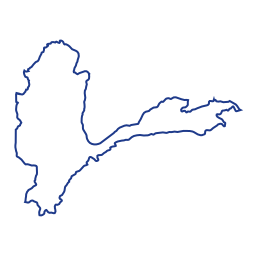 the Province of Badakhshan
{"feature_id": "AFG-1760", "entity_name": "Badakhshan", "entity_type": "Province", "adm_level": 1, "iso_a3": "AFG", "parent_name": "Afghanistan", "parent_adm1": "", "projection": "orthographic", "projection_center": [71.727, 36.958], "detail": "fine", "context": "isolated", "style": "outline", "palette": "blue", "viewbox_px": 256, "rotation_deg": 0, "n_neighbors": 0, "source": "natural_earth", "source_scale": "10m", "svg_char_len": 5686}
<svg xmlns="http://www.w3.org/2000/svg" viewBox="0 0 256 256"><path d="M236.2,111.2L235.7,110.9L233.4,106.5L232.7,106.5L230.7,108.5L229.5,108.8L229.2,109.4L228.3,110.5L227.9,110.6L227.6,110.5L226.7,109.8L224.1,110.5L222.6,110.6L222.1,110.9L221.2,113.0L220.7,113.8L220.0,114.2L219.1,114.4L217.3,114.2L216.7,114.5L216.6,115.6L217.4,116.8L218.9,117.8L221.8,119.2L222.6,120.1L223.9,122.2L224.9,122.6L225.2,123.0L225.2,123.8L224.8,126.1L224.1,126.3L223.1,125.5L222.1,124.2L221.0,123.8L220.0,123.8L218.1,124.4L217.0,125.5L213.2,128.0L211.0,129.9L209.9,130.4L206.9,130.1L206.1,130.3L205.5,130.8L205.2,131.6L205.0,133.6L204.6,134.2L201.9,135.2L200.5,135.2L197.8,134.4L193.9,132.1L192.5,131.5L189.7,131.0L183.5,130.9L177.5,132.0L174.6,131.6L171.5,132.1L169.3,132.0L167.0,132.8L166.4,132.9L162.9,132.4L156.0,133.2L155.2,133.5L153.6,134.6L152.9,134.5L151.5,134.0L150.4,134.3L149.3,134.9L147.9,135.3L143.8,135.5L140.0,135.0L136.9,135.3L133.9,136.0L131.7,137.2L128.8,139.7L127.9,139.9L125.8,139.8L123.9,140.4L121.8,140.6L117.7,141.5L115.7,142.4L114.9,143.0L114.8,143.7L115.5,144.8L115.8,145.8L115.0,146.2L112.3,146.6L110.6,147.3L110.2,147.8L110.5,148.8L110.4,149.3L109.7,150.0L107.8,150.5L106.8,151.0L106.1,151.8L103.9,153.1L102.1,154.7L101.3,155.0L98.3,155.2L97.4,155.8L97.4,157.7L98.2,159.2L98.3,160.0L97.8,160.6L97.1,160.9L96.3,161.0L95.6,160.7L94.3,159.2L91.6,157.4L90.7,157.0L89.8,157.1L89.3,157.6L88.4,160.3L88.0,160.9L86.8,162.1L86.6,163.0L87.4,164.6L86.5,165.1L84.4,165.7L83.7,166.2L80.1,170.2L79.2,170.9L76.2,171.9L76.0,172.3L75.7,173.5L75.4,174.1L71.7,176.2L71.5,176.7L71.2,177.9L71.0,178.4L69.5,179.9L69.0,180.8L69.2,181.7L67.9,182.9L66.4,185.4L65.4,186.4L65.2,186.8L65.0,187.4L64.5,190.7L64.1,191.8L62.1,195.0L60.1,196.0L59.9,196.4L59.5,197.8L59.7,198.4L59.9,198.8L61.0,199.4L61.6,200.0L61.8,200.4L61.8,200.8L61.5,201.2L60.1,202.4L59.2,204.0L57.5,204.8L55.9,204.6L55.4,205.0L54.8,206.4L54.9,207.5L54.9,208.2L55.2,209.1L55.5,211.3L55.3,212.0L54.7,213.1L53.7,213.2L51.3,212.6L49.6,212.8L48.3,212.3L46.4,210.0L45.9,210.1L45.4,210.4L44.6,211.5L44.4,212.0L44.3,213.4L43.8,214.1L42.4,215.0L41.1,215.4L39.5,215.2L39.3,214.4L39.2,212.1L39.6,210.7L40.2,209.1L40.2,208.2L39.6,207.3L37.6,205.0L37.2,203.0L36.7,202.4L34.1,201.4L32.8,200.6L32.2,200.5L31.7,200.6L30.8,200.9L29.1,202.3L28.0,202.6L25.1,202.0L25.4,201.3L25.8,197.8L26.0,196.8L26.2,194.2L27.2,191.7L27.8,191.1L28.5,190.0L29.7,189.4L31.8,188.2L33.5,186.4L35.9,185.2L36.1,184.9L36.2,184.4L35.9,183.7L34.7,181.9L34.6,180.9L35.3,179.9L35.3,178.6L36.1,175.6L36.8,174.5L37.0,172.9L36.8,166.8L36.3,166.0L35.4,165.6L33.8,165.4L31.7,165.5L28.7,164.5L27.1,164.2L25.8,164.4L25.3,164.1L24.6,163.5L21.5,159.6L18.9,157.5L17.0,156.5L16.8,156.2L16.7,155.7L16.8,153.1L16.1,151.0L15.4,147.3L15.4,145.2L15.7,142.7L15.8,129.6L17.2,128.5L17.5,127.4L18.2,126.3L19.4,125.8L20.0,125.4L20.2,124.5L21.3,122.7L20.3,120.8L19.6,119.9L17.9,118.6L17.5,118.0L17.2,117.3L17.4,114.2L16.2,110.7L16.1,109.1L16.4,105.9L16.8,104.4L17.9,102.8L17.5,102.4L16.4,102.2L16.2,101.6L16.1,94.4L16.4,93.3L16.9,93.6L18.4,93.9L18.1,93.4L19.3,93.7L20.7,94.2L22.1,94.5L23.4,94.0L25.0,92.0L25.3,91.8L26.1,89.6L27.3,89.6L27.6,89.3L27.9,88.5L27.9,87.5L28.9,86.3L29.3,84.6L29.2,83.8L28.7,81.3L29.0,80.6L28.1,79.6L27.8,78.8L27.7,78.0L27.4,77.5L25.4,76.8L24.7,75.5L24.1,73.8L23.9,72.1L24.4,70.6L25.3,71.4L26.3,71.6L27.4,71.4L28.5,71.1L28.1,70.6L28.0,70.1L28.2,69.1L29.5,68.6L30.0,67.8L31.5,67.0L33.6,64.3L35.6,62.2L36.1,61.9L37.7,61.2L38.1,60.7L38.7,59.8L39.9,56.6L41.3,54.0L41.7,52.6L43.4,51.9L44.0,49.9L44.0,48.2L44.2,47.7L44.6,47.5L45.6,47.6L46.1,47.3L47.7,46.2L48.0,45.5L47.1,44.8L47.2,44.4L48.0,43.9L50.6,43.6L51.5,42.3L52.3,42.1L53.7,42.1L55.2,42.5L56.0,41.8L56.5,41.7L58.4,42.7L59.4,42.9L59.9,42.3L59.8,41.0L60.1,40.6L61.2,40.6L62.3,41.1L63.2,42.0L63.8,43.5L64.1,44.0L64.6,44.4L65.8,44.2L67.6,45.0L69.4,46.3L72.1,49.2L75.9,50.8L77.4,51.8L78.5,53.5L78.8,56.1L78.5,57.4L77.7,59.9L77.4,61.6L76.5,63.2L75.9,65.6L74.5,68.1L74.2,69.6L73.8,70.9L73.7,71.5L73.9,72.3L74.1,72.4L74.9,72.4L76.7,73.8L77.6,74.2L79.4,73.1L84.9,71.2L86.6,71.3L87.9,72.2L89.3,73.9L89.0,74.3L89.2,76.3L89.1,77.7L89.0,78.7L88.3,79.7L86.6,80.8L86.2,81.9L86.8,84.3L86.2,86.6L85.8,89.0L84.9,90.6L84.7,93.1L85.3,97.7L84.9,100.1L84.3,101.4L84.2,102.2L84.5,104.4L84.6,106.8L84.5,108.0L84.2,108.8L84.2,110.4L82.5,113.3L82.6,114.7L82.3,115.2L82.0,116.1L81.7,118.4L81.6,121.9L81.7,122.6L82.7,124.5L82.9,125.2L82.9,127.5L83.0,128.8L83.4,129.8L86.0,134.1L86.5,135.3L86.8,137.9L87.2,139.1L88.3,141.2L89.8,142.8L91.8,143.9L94.0,144.4L96.2,144.4L98.5,143.9L100.3,143.2L113.7,133.1L114.9,131.8L116.4,130.9L118.0,128.9L119.8,127.6L124.4,125.7L126.5,125.3L129.7,125.8L131.2,125.0L138.1,123.9L138.5,123.4L138.8,122.3L140.7,119.2L142.8,114.7L144.1,112.8L145.9,111.7L148.1,111.2L149.2,110.8L150.2,109.6L153.5,107.6L156.8,107.2L157.7,106.5L158.2,105.7L159.0,104.0L159.7,103.1L161.4,101.7L161.8,101.6L162.8,101.9L163.3,101.7L165.5,99.3L166.2,98.7L167.1,98.4L168.3,98.2L169.3,98.4L170.1,98.8L170.9,99.0L173.7,97.4L175.8,97.3L181.3,99.2L184.5,100.0L186.5,99.9L188.1,100.1L187.8,102.0L187.8,104.5L187.6,105.3L186.8,106.2L186.0,106.9L185.4,107.3L183.6,107.5L182.6,107.8L181.7,108.7L181.1,109.8L181.4,111.1L182.1,111.5L184.0,110.8L185.0,110.9L186.3,112.3L186.8,112.3L187.6,111.7L188.0,111.5L189.7,111.7L190.4,111.6L192.1,109.9L193.0,109.6L195.0,109.3L197.6,108.1L198.5,107.8L201.9,106.5L207.0,105.3L208.1,104.8L208.9,103.8L209.0,101.8L209.7,101.0L210.9,101.0L212.2,101.3L213.4,101.1L213.9,99.5L214.1,100.3L214.6,99.9L215.2,99.9L215.6,100.1L216.3,101.2L216.8,101.4L218.6,101.6L220.3,101.3L223.4,102.2L228.4,101.8L229.7,101.0L235.7,104.4L237.0,105.8L239.3,109.3L240.6,110.0L237.0,111.1L236.2,111.2Z" fill="none" stroke="#1e3a8a" stroke-width="2"/></svg>